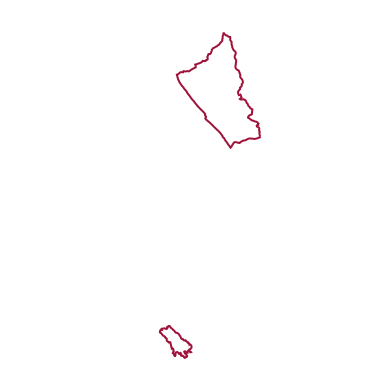 the district of Bengkulu Utara, Bengkulu, Indonesia, rotated 17°
{"feature_id": "22746128B39887218554518", "entity_name": "Bengkulu Utara", "entity_type": "district", "adm_level": 2, "iso_a3": "IDN", "parent_name": "Indonesia", "parent_adm1": "Bengkulu", "projection": "mercator", "projection_center": [102.208, -4.116], "detail": "fine", "context": "isolated", "style": "outline", "palette": "rose", "viewbox_px": 384, "rotation_deg": 17, "n_neighbors": 0, "source": "geoboundaries", "source_scale": "gbopen_adm2", "svg_char_len": 5877}
<svg xmlns="http://www.w3.org/2000/svg" viewBox="0 0 384 384"><g transform="rotate(17 192 192)"><path d="M240.8,120.0L240.6,119.8L240.4,118.2L239.0,115.6L239.2,115.0L239.2,114.6L238.1,113.5L237.9,111.7L237.1,110.8L235.8,110.5L235.2,110.5L234.8,110.3L234.5,109.7L234.6,109.2L235.6,108.5L235.5,108.4L235.3,108.0L235.3,107.4L235.5,107.1L233.6,106.0L232.8,106.0L231.6,106.1L229.2,105.9L228.5,106.0L226.8,105.5L225.8,105.0L223.9,104.6L223.7,104.3L223.7,103.8L224.5,101.9L224.9,101.6L225.1,101.3L226.0,100.8L226.4,100.4L226.5,100.1L226.1,98.2L225.9,97.6L225.8,95.7L225.5,95.3L224.7,95.1L223.4,94.9L222.4,93.9L221.4,93.5L220.9,93.2L220.1,92.4L219.4,91.4L218.4,90.9L217.8,90.4L217.1,89.2L216.3,88.9L215.9,88.5L215.5,88.4L215.1,88.5L214.3,88.2L212.0,89.2L211.2,89.3L210.6,89.1L211.7,87.0L209.9,84.8L209.4,85.4L208.5,85.7L207.5,84.4L206.7,83.0L206.7,82.6L207.0,81.8L207.4,80.4L207.9,79.6L207.8,79.0L207.5,78.6L207.4,78.2L207.7,77.7L208.3,76.8L208.5,75.9L208.5,75.5L208.1,74.9L208.1,74.3L208.6,73.3L208.6,72.3L208.0,70.9L207.7,70.4L206.9,69.7L205.6,68.9L204.9,68.4L204.6,68.0L204.1,67.2L204.2,66.3L204.1,66.0L203.1,64.9L202.8,64.1L201.9,63.4L201.8,62.8L201.0,62.2L199.8,62.0L199.0,61.7L197.8,61.0L197.0,59.9L196.6,58.3L196.7,57.6L196.5,56.9L196.0,54.0L195.8,53.3L195.5,52.9L193.9,51.4L193.4,50.6L193.1,49.6L193.1,48.9L193.4,48.0L193.4,47.1L193.3,46.5L193.0,45.9L192.7,45.4L192.1,44.9L191.1,44.6L190.6,44.3L189.7,43.6L188.0,41.6L187.9,40.9L187.3,40.2L186.8,39.3L186.4,38.8L186.3,37.7L186.0,37.0L185.8,36.8L184.4,35.8L183.9,34.9L183.5,33.2L183.2,32.6L182.1,32.8L181.4,32.8L179.8,32.1L179.0,32.3L178.5,32.2L176.4,31.2L175.5,30.2L175.7,30.8L175.7,31.5L176.0,31.8L175.8,33.5L175.9,34.6L176.4,36.1L176.3,37.4L176.7,38.0L176.7,38.6L175.8,40.7L175.5,40.9L175.3,41.2L175.2,42.1L174.8,43.2L173.8,44.2L173.3,45.3L172.9,45.7L172.4,46.0L171.4,47.2L170.2,48.2L169.8,49.1L169.4,50.1L169.6,51.3L169.4,52.9L169.5,53.4L169.4,53.9L169.1,54.5L168.9,54.9L168.6,55.0L168.2,55.0L167.6,55.2L167.3,55.7L167.4,57.3L167.2,57.7L167.2,58.7L167.3,58.9L167.9,59.4L168.2,60.5L168.0,61.0L167.8,61.2L167.2,61.5L166.9,62.3L166.6,62.3L166.2,62.7L166.2,62.9L165.1,63.3L163.9,63.5L163.6,64.3L163.0,65.3L161.9,66.4L161.2,66.9L160.4,67.3L159.6,68.1L157.8,69.2L158.3,69.8L159.0,71.3L159.1,71.7L156.6,74.1L154.6,76.4L153.9,77.5L152.1,77.8L150.5,78.7L148.6,78.9L148.5,80.1L146.8,80.5L145.9,80.9L145.5,81.3L145.2,82.0L144.7,82.7L144.2,83.6L143.2,84.2L145.7,88.2L146.3,88.8L146.6,89.2L147.0,89.5L147.6,90.4L149.0,91.6L151.5,93.5L153.2,94.5L154.0,95.3L157.4,97.4L158.2,98.3L159.7,99.5L161.4,100.6L162.5,101.5L164.7,103.2L166.2,104.1L167.2,104.6L169.6,106.5L170.8,107.1L171.6,107.8L173.8,109.1L180.2,112.5L181.8,113.6L182.0,114.8L183.3,115.8L183.6,116.2L183.2,117.6L183.6,118.2L186.8,119.7L188.0,120.1L191.6,121.9L193.9,123.2L200.9,126.7L203.3,128.4L205.0,129.7L205.1,130.2L205.8,130.7L207.2,131.2L208.0,132.3L211.7,135.0L212.3,135.7L214.1,136.9L215.8,138.4L216.3,137.6L216.9,135.1L217.6,132.8L218.0,132.0L218.2,131.9L218.8,131.7L219.4,131.5L219.9,131.4L222.1,131.4L223.0,131.3L223.3,131.1L223.5,130.8L223.5,130.4L224.2,129.6L225.8,128.0L228.1,126.8L229.8,125.0L230.9,124.2L231.8,123.8L233.0,123.6L235.2,123.1L236.4,123.0L238.7,121.6L240.8,120.0ZM211.0,327.8L210.5,327.1L209.9,326.8L209.6,326.7L209.0,326.9L208.6,327.5L208.4,327.6L208.4,327.9L208.1,327.9L207.7,328.4L207.8,329.1L208.1,329.2L208.2,329.4L208.0,330.1L207.8,330.4L207.6,330.5L207.3,330.4L207.0,330.5L206.4,330.4L206.2,330.5L205.8,330.4L205.3,330.5L204.4,330.9L204.0,331.3L203.1,331.6L202.9,332.1L202.9,332.3L203.1,332.5L202.9,332.5L203.0,333.0L202.8,333.2L202.4,333.2L202.1,333.6L202.1,334.4L202.3,335.0L202.2,335.3L202.3,335.6L202.9,335.9L203.1,335.7L203.7,336.0L205.1,337.0L206.4,337.8L207.3,337.9L208.3,338.5L208.6,338.5L208.8,338.8L209.0,338.8L209.4,339.2L209.5,339.1L210.8,339.8L210.8,340.2L211.1,340.9L211.6,341.7L212.6,342.0L212.8,342.2L213.1,342.2L213.7,342.7L213.9,342.7L214.3,342.1L214.5,342.0L214.8,342.1L215.0,342.3L215.2,342.2L215.5,342.4L215.7,342.7L215.6,342.9L215.9,343.3L215.9,343.5L216.7,344.6L217.1,345.5L217.5,346.0L217.8,346.5L218.0,346.6L217.9,346.8L218.3,347.2L218.5,347.8L219.3,347.4L219.6,347.4L220.2,347.9L220.2,348.3L220.5,349.0L221.1,349.6L221.2,349.8L220.8,350.8L220.7,351.7L222.1,352.3L222.4,352.7L222.8,353.4L223.2,353.4L223.2,353.5L223.4,353.6L223.5,353.8L223.9,353.7L223.9,352.8L223.3,352.0L223.6,351.7L223.3,350.8L223.6,350.1L224.5,349.4L225.5,349.5L226.0,349.9L226.7,350.1L226.8,350.5L227.1,350.6L227.4,350.2L227.7,349.4L228.1,349.2L228.7,349.9L228.9,351.0L229.4,351.5L229.7,351.2L229.8,351.4L230.4,351.7L230.7,351.7L230.9,351.5L231.2,351.6L231.4,351.5L231.8,351.7L232.3,351.7L232.4,352.0L233.2,352.7L233.4,352.8L233.7,352.7L233.8,352.4L234.7,351.7L234.6,351.3L234.6,351.2L235.0,351.1L235.3,350.9L235.4,350.3L235.1,350.1L234.1,349.1L233.5,348.7L232.5,348.2L232.3,348.3L232.2,348.1L231.9,347.7L231.3,347.2L231.2,347.1L231.3,346.8L231.6,346.5L232.0,346.3L232.3,346.4L232.8,346.6L233.1,347.0L233.3,347.2L234.6,347.1L234.5,346.9L234.7,346.6L234.6,345.4L234.8,344.9L235.0,344.7L235.2,343.8L235.3,343.5L235.8,343.1L236.1,342.9L236.2,343.0L236.5,342.4L237.0,341.3L236.9,341.0L237.0,340.7L236.8,340.0L236.1,338.9L235.1,338.4L234.8,338.5L234.5,338.4L234.3,338.6L234.2,338.1L233.8,337.9L233.6,337.7L233.2,337.7L233.1,337.9L232.9,337.9L232.7,337.7L232.8,337.5L232.5,337.0L232.2,337.0L231.9,337.3L231.6,337.1L231.4,336.7L230.9,336.5L230.3,336.4L229.7,336.0L229.3,336.2L228.8,335.8L228.6,336.1L227.8,336.2L227.4,336.2L226.8,335.9L226.5,335.4L225.0,335.5L224.2,335.0L223.9,334.3L223.5,334.1L222.5,333.0L221.8,332.6L221.5,332.2L220.8,331.7L220.4,331.6L219.9,331.3L219.2,331.0L218.8,331.0L218.1,331.3L217.5,331.2L217.1,331.0L215.5,329.8L214.4,329.4L214.0,329.1L213.0,328.6L212.9,328.5L212.1,328.3L211.0,327.8ZM237.7,345.3L236.9,345.2L236.7,345.5L236.8,345.6L237.4,345.8L237.9,345.4L237.7,345.3Z" fill="none" stroke="#9f1239" stroke-width="2"/></g></svg>